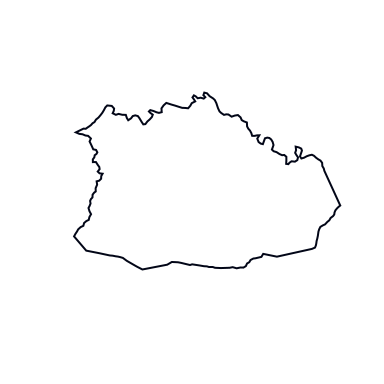 the district of Coronel João Sá, Bahia, Brazil, rotated 141°
{"feature_id": "56859067B3761453867009", "entity_name": "Coronel João Sá", "entity_type": "district", "adm_level": 2, "iso_a3": "BRA", "parent_name": "Brazil", "parent_adm1": "Bahia", "projection": "robinson", "projection_center": [-37.952, -10.285], "detail": "fine", "context": "isolated", "style": "outline", "palette": "ink", "viewbox_px": 384, "rotation_deg": 141, "n_neighbors": 0, "source": "geoboundaries", "source_scale": "gbopen_adm2", "svg_char_len": 3157}
<svg xmlns="http://www.w3.org/2000/svg" viewBox="0 0 384 384"><g transform="rotate(141 192 192)"><path d="M295.8,194.4L293.7,192.4L291.9,190.2L290.2,188.4L288.8,186.6L287.2,184.3L286.0,179.6L282.4,170.2L281.6,168.2L279.3,163.0L257.0,151.1L251.7,150.3L247.1,146.2L245.1,143.8L239.5,136.5L237.4,135.7L232.4,130.2L229.4,126.8L227.2,124.8L226.0,123.0L223.1,120.7L221.8,118.6L217.4,114.7L210.4,109.4L207.7,108.0L205.3,104.6L201.8,102.8L199.6,100.9L196.8,100.5L194.2,101.8L191.7,101.4L189.3,102.3L186.2,101.7L184.5,100.6L178.9,97.9L175.6,99.1L166.7,88.3L134.6,72.3L131.4,71.4L129.4,72.5L127.9,73.7L126.0,75.5L123.9,77.0L121.7,78.8L118.6,81.7L116.6,83.0L114.2,84.1L111.2,83.7L109.0,83.1L105.6,83.6L103.1,83.6L100.6,84.6L97.5,84.5L95.6,85.0L94.1,86.4L92.1,87.5L89.6,88.0L87.7,88.2L85.3,88.2L75.8,125.2L74.8,127.3L74.4,130.1L72.5,132.8L72.4,135.6L73.3,137.9L74.0,140.5L74.4,143.4L75.4,145.5L77.8,146.7L80.4,147.6L83.2,148.1L85.9,149.2L85.7,151.7L83.0,153.4L80.5,155.0L79.8,157.0L80.9,159.4L82.9,162.0L84.8,159.0L87.2,157.5L87.6,154.9L87.8,152.2L90.1,150.5L92.9,150.8L95.3,153.2L97.8,153.4L99.6,153.0L101.1,154.6L98.6,157.4L96.5,160.0L97.0,162.7L98.8,163.9L100.1,166.4L101.2,169.8L102.9,172.3L103.2,174.7L101.0,176.0L99.1,177.2L97.8,180.2L97.4,183.0L97.9,185.3L99.3,186.9L101.5,187.8L104.0,186.3L106.8,184.6L108.1,186.3L108.8,188.9L107.7,192.4L104.0,193.7L105.8,195.1L108.0,196.2L109.9,197.8L108.8,200.5L108.3,203.2L108.4,205.9L107.9,208.3L105.6,211.5L107.3,214.4L108.1,216.6L107.3,219.4L107.9,222.9L110.7,224.5L113.8,225.6L114.9,229.3L116.5,230.8L118.6,231.8L119.6,235.1L119.9,237.3L119.1,240.6L118.1,243.3L117.2,245.6L116.4,249.1L116.7,251.4L118.0,255.4L118.2,259.2L119.9,261.5L122.2,260.1L122.0,257.3L124.1,257.2L125.9,259.8L128.6,261.3L128.9,263.9L129.7,265.9L132.1,265.2L132.2,262.6L132.5,260.4L136.3,261.2L139.0,260.1L142.3,259.5L144.5,261.7L146.7,263.6L148.7,266.6L151.0,270.1L152.9,272.8L155.9,277.4L159.5,277.2L163.1,276.2L165.3,273.1L167.9,274.3L169.4,276.3L170.9,279.1L172.9,281.9L174.8,281.7L174.6,279.6L173.8,276.8L176.0,275.5L179.3,275.0L182.3,274.9L185.5,274.1L187.3,275.2L187.0,278.3L186.4,282.5L186.3,285.1L187.9,287.3L190.3,288.3L193.0,287.6L196.4,287.9L196.1,290.4L194.9,293.6L197.6,295.9L199.9,298.9L202.6,299.9L204.1,303.1L201.7,304.3L200.0,305.9L200.2,309.4L203.4,312.6L206.1,312.3L208.8,311.1L211.8,310.0L214.7,309.3L217.8,308.7L221.1,308.7L223.8,307.7L226.0,308.0L228.4,307.6L230.8,307.7L232.7,307.9L234.8,308.0L236.4,309.5L238.5,310.0L244.7,311.4L243.0,308.1L240.7,305.7L239.3,303.0L237.4,301.0L236.9,297.2L239.8,295.7L240.5,292.7L241.2,289.9L241.9,287.3L240.1,285.1L240.6,282.4L242.3,281.7L244.5,281.8L246.1,280.4L248.5,279.8L250.2,277.6L247.8,275.7L248.2,272.2L248.3,269.8L249.4,267.9L252.4,267.2L252.1,264.7L250.0,262.5L252.5,261.5L254.3,259.5L257.0,259.2L259.4,260.3L261.1,257.4L264.5,255.6L266.5,253.0L268.4,253.1L270.9,252.5L272.8,250.4L275.0,250.1L276.8,249.2L278.1,246.9L280.4,245.6L282.5,244.7L283.8,241.5L284.4,238.3L287.5,237.1L289.8,235.3L292.4,235.9L295.4,235.8L297.7,234.1L300.6,234.8L304.0,234.6L306.1,233.7L309.0,232.8L311.6,231.7L311.1,213.0L302.5,202.7L295.8,194.4Z" fill="none" stroke="#020617" stroke-width="2"/></g></svg>